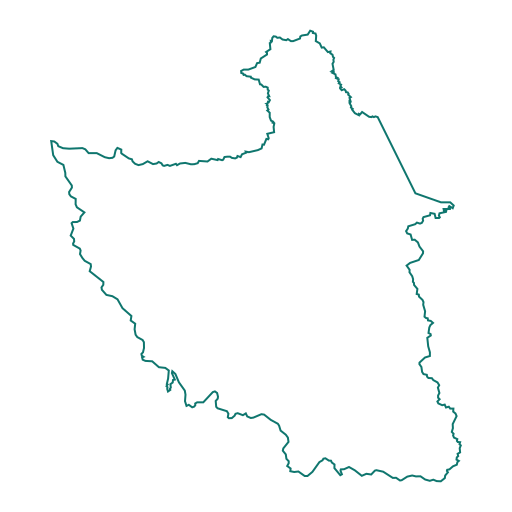 Pong Nam Ron, Chanthaburi, Thailand (orthographic projection)
{"feature_id": "78962969B84278316034538", "entity_name": "Pong Nam Ron", "entity_type": "district", "adm_level": 2, "iso_a3": "THA", "parent_name": "Thailand", "parent_adm1": "Chanthaburi", "projection": "orthographic", "projection_center": [102.37, 12.957], "detail": "fine", "context": "isolated", "style": "outline", "palette": "teal", "viewbox_px": 512, "rotation_deg": 0, "n_neighbors": 0, "source": "geoboundaries", "source_scale": "gbopen_adm2", "svg_char_len": 5990}
<svg xmlns="http://www.w3.org/2000/svg" viewBox="0 0 512 512"><path d="M429.8,480.8L433.3,479.7L436.7,481.1L440.8,481.3L444.8,478.1L445.2,475.5L447.9,472.3L446.9,470.9L447.2,469.8L449.4,469.4L453.0,466.3L456.8,464.7L457.4,462.1L458.8,460.9L456.5,459.6L456.8,457.4L458.2,456.1L457.6,453.8L460.1,452.4L459.7,448.2L460.8,445.4L459.5,444.2L460.1,442.2L457.8,442.0L456.9,440.9L457.3,439.1L454.0,437.6L453.1,435.5L453.6,433.8L451.8,431.9L452.9,428.2L452.7,424.1L456.6,416.1L455.5,413.5L453.2,411.6L453.4,408.6L450.2,408.6L448.8,406.7L446.0,407.5L444.7,404.6L442.2,405.2L438.3,403.4L437.4,401.5L439.6,399.2L438.1,397.7L438.1,395.5L439.4,393.0L437.9,387.6L439.2,385.2L437.5,382.4L433.3,380.1L431.9,378.2L428.4,378.0L427.1,376.7L426.8,374.8L423.5,374.1L422.1,371.9L421.4,367.0L419.4,364.1L419.5,362.6L425.0,357.5L429.9,356.0L429.9,352.3L428.2,346.3L427.3,337.8L430.8,335.5L430.6,334.1L428.5,333.0L429.3,327.5L430.4,325.1L433.0,322.9L430.7,320.9L428.0,320.4L427.7,318.3L426.0,318.0L424.5,316.7L425.1,311.3L423.2,304.8L423.5,302.1L422.5,299.9L419.0,296.6L418.8,294.6L416.7,294.0L417.4,288.9L414.1,285.0L413.9,282.8L412.9,281.8L413.1,279.2L412.2,276.2L409.5,272.3L409.6,269.8L406.6,265.6L410.1,262.9L418.8,260.0L423.0,253.3L423.1,251.3L419.5,246.6L417.9,242.4L414.7,239.7L412.1,239.9L410.6,234.5L407.2,233.4L406.1,231.1L407.8,228.6L408.3,226.3L415.2,224.2L416.9,222.6L420.0,223.6L421.8,222.9L423.1,220.7L422.7,218.7L423.5,217.1L430.0,215.3L430.4,213.0L434.6,213.8L435.6,218.0L439.1,218.0L439.8,217.3L438.9,215.6L439.5,213.3L446.0,211.9L446.4,210.2L443.9,210.6L443.6,209.0L449.9,209.0L450.0,207.9L448.7,207.1L449.3,206.1L452.7,208.2L453.7,205.5L450.2,202.3L440.9,202.3L415.4,193.3L377.7,117.1L375.4,116.4L373.9,117.1L372.4,116.4L371.6,117.1L369.1,116.8L362.1,112.0L360.1,114.4L359.0,113.9L358.9,115.2L354.9,113.2L352.1,109.6L352.7,108.9L350.9,107.5L351.3,106.2L349.5,103.0L349.5,101.6L350.4,102.3L350.7,101.7L349.5,97.9L350.8,97.1L348.2,94.7L348.6,93.8L347.7,92.4L346.0,92.2L345.6,90.6L344.2,89.2L341.7,90.2L340.1,88.4L340.1,87.7L341.4,87.3L340.4,86.0L341.1,84.7L338.8,83.3L339.6,82.2L338.2,81.2L338.7,79.3L336.4,78.3L337.2,77.7L335.9,77.1L335.5,74.4L332.3,72.8L333.8,71.9L333.3,71.1L332.1,71.0L333.7,69.9L332.5,63.8L333.7,61.8L333.4,59.7L334.1,57.9L333.0,56.9L332.5,54.7L330.3,53.3L330.5,51.5L327.9,52.1L323.8,47.3L321.7,47.6L319.8,43.4L315.8,41.1L316.2,35.6L315.5,33.5L312.9,33.0L313.0,31.7L310.2,30.7L307.7,34.6L301.9,35.5L300.3,36.5L300.0,38.5L293.2,41.1L290.9,41.1L287.9,39.1L286.3,40.2L282.5,39.5L279.9,37.5L277.3,37.8L275.8,36.6L273.6,36.3L272.3,37.9L271.9,41.2L270.8,40.9L270.9,42.5L269.8,43.1L270.4,49.2L266.1,52.0L267.0,52.9L267.0,54.5L260.8,58.5L259.7,62.7L257.1,63.1L255.4,67.0L248.3,69.6L243.7,69.6L241.1,71.0L241.3,73.0L243.0,73.5L243.6,74.9L244.7,74.6L246.6,76.2L250.8,76.7L251.0,77.7L254.7,79.4L258.7,79.6L260.0,84.3L261.3,84.5L263.6,86.9L265.7,86.7L267.7,87.6L267.7,89.6L268.8,90.6L267.9,93.3L269.2,96.2L268.2,96.2L267.5,97.3L269.9,100.1L268.8,102.1L268.0,101.8L267.6,103.4L266.7,103.7L267.4,104.1L266.9,105.3L267.6,105.7L267.3,107.3L268.5,109.6L267.3,110.5L269.7,112.7L269.7,117.1L271.0,120.6L273.1,121.6L273.6,122.3L272.9,122.8L274.3,123.4L273.6,126.9L274.1,132.2L267.3,133.8L268.7,138.3L268.2,139.3L266.4,138.9L264.0,144.7L262.5,144.5L261.6,148.4L257.9,150.1L248.9,152.2L245.7,151.6L246.1,152.7L242.0,154.3L240.6,157.1L237.5,156.0L236.9,157.6L235.2,158.4L231.9,157.9L230.1,156.7L227.2,156.7L224.5,157.0L223.2,159.7L222.1,160.2L218.1,159.0L217.6,160.1L211.3,158.7L207.5,161.5L199.0,160.9L197.7,163.2L194.2,164.2L191.0,164.3L185.3,162.9L180.0,163.5L177.0,165.2L175.9,163.8L169.9,165.9L167.5,164.9L164.1,165.9L162.7,165.4L161.4,163.3L158.7,162.0L156.6,163.5L153.0,164.1L147.6,161.3L142.8,164.1L138.5,165.1L135.1,163.8L132.6,161.4L131.9,159.3L128.8,158.4L121.8,153.7L121.2,153.0L121.3,149.6L117.4,147.9L115.6,150.3L114.2,156.5L112.5,157.8L109.1,158.2L104.8,157.2L96.7,153.1L88.6,153.1L85.3,149.3L82.4,148.1L69.3,148.7L63.0,148.2L58.3,146.2L57.4,143.8L54.3,141.5L51.2,141.1L53.2,155.2L57.4,161.8L63.4,164.9L65.3,172.9L65.4,176.4L71.8,185.5L71.9,187.6L69.1,192.0L69.3,194.2L70.9,196.4L75.7,198.9L75.6,204.3L76.9,207.3L84.4,212.4L80.7,216.6L79.9,220.6L77.0,222.0L72.7,222.1L71.6,223.2L73.4,228.6L70.7,235.6L74.0,238.9L74.2,241.4L73.1,243.5L73.2,244.9L79.8,248.6L80.6,250.5L80.0,254.1L82.4,258.0L84.7,260.8L90.7,264.1L91.0,266.5L89.7,271.2L103.4,282.0L103.3,284.8L101.5,287.4L101.9,289.8L106.4,294.9L112.4,296.2L117.5,299.3L122.5,308.2L131.4,316.0L130.7,320.5L135.2,323.7L134.6,329.3L135.6,334.7L137.3,337.1L142.6,340.0L143.9,342.2L144.0,348.0L143.0,352.3L141.4,354.0L141.8,355.7L143.5,356.8L142.1,357.4L142.7,359.7L145.4,360.9L152.2,361.3L158.9,367.2L165.3,367.9L168.8,370.5L168.1,378.6L166.8,384.1L167.6,384.5L166.5,386.2L167.5,387.2L167.2,388.9L168.0,391.5L170.3,389.9L169.9,388.9L170.8,387.5L170.4,384.2L172.7,382.5L173.0,380.0L174.8,379.6L171.9,373.1L172.3,371.2L175.4,374.0L178.9,382.3L184.8,390.6L185.5,394.7L185.0,401.2L186.5,405.9L188.8,404.8L192.2,407.3L194.2,406.6L195.3,405.2L195.2,403.5L197.2,402.3L203.3,402.3L212.8,392.1L214.9,391.4L217.1,393.0L218.0,396.7L217.7,398.7L215.7,401.0L216.2,406.8L217.6,408.3L226.9,411.2L228.4,413.7L227.8,417.2L228.9,418.2L231.8,418.1L234.6,415.7L235.5,413.8L237.7,413.2L242.9,415.2L245.8,413.4L247.2,416.4L250.8,418.0L253.4,417.6L261.4,414.2L264.1,414.6L270.8,419.9L277.9,423.8L279.1,425.7L280.6,430.6L285.8,434.7L287.9,437.6L288.5,441.9L283.3,448.4L282.8,450.7L285.8,454.4L286.4,458.8L288.7,461.2L288.7,463.2L287.2,466.0L290.6,468.5L290.3,471.2L294.2,472.0L298.4,471.5L304.7,476.0L307.5,476.0L312.4,471.9L319.4,462.1L322.5,460.3L323.4,458.7L325.4,458.3L328.9,460.6L331.0,460.7L331.8,462.5L334.5,464.5L334.4,468.1L340.3,475.2L341.9,474.3L340.5,470.7L340.8,469.4L344.1,469.2L349.0,467.0L354.8,470.3L361.8,475.8L366.4,473.8L371.2,474.5L374.9,470.6L376.4,470.2L383.2,471.7L392.8,477.9L396.1,477.8L400.0,480.5L401.7,480.2L407.3,476.6L412.2,475.5L415.9,476.4L420.5,476.3L425.1,479.5L429.8,480.8Z" fill="none" stroke="#0f766e" stroke-width="2"/></svg>